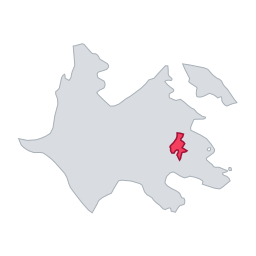 Azerbaijan, with Xanlar highlighted, rotated 178°
{"feature_id": "AZE-1680", "entity_name": "Xanlar", "entity_type": "District", "adm_level": 1, "iso_a3": "AZE", "parent_name": "Azerbaijan", "parent_adm1": "", "projection": "natural_earth1", "projection_center": [46.29, 40.555], "detail": "fine", "context": "in_parent", "style": "filled", "palette": "rose", "viewbox_px": 256, "rotation_deg": 178, "n_neighbors": 0, "source": "natural_earth", "source_scale": "10m", "svg_char_len": 3697}
<svg xmlns="http://www.w3.org/2000/svg" viewBox="0 0 256 256"><g transform="rotate(178 128 128)"><path d="M179.9,211.9L178.7,211.9L170.7,213.8L169.0,213.1L162.0,204.5L160.6,203.6L157.6,203.2L155.8,201.8L154.4,199.4L153.6,197.7L146.4,193.1L145.3,191.3L145.2,189.8L146.2,188.5L147.4,187.3L150.9,186.2L154.9,185.2L156.2,184.5L156.9,183.2L156.8,181.2L156.2,179.3L150.3,175.7L149.6,174.2L149.4,172.3L149.8,170.3L150.7,168.8L155.4,166.7L158.0,164.5L156.4,162.1L151.2,156.6L145.0,150.5L141.0,150.5L136.3,152.2L128.8,157.4L124.7,159.6L119.3,163.3L113.4,167.4L108.6,171.7L105.6,175.3L100.2,176.8L97.5,179.8L88.5,188.9L86.0,188.7L85.8,184.3L85.9,180.7L85.3,178.7L82.4,175.9L82.4,174.7L83.2,173.9L85.4,174.4L88.3,174.2L89.6,173.1L86.6,169.5L83.8,167.0L81.5,165.3L81.0,164.3L81.0,163.6L81.5,162.8L85.4,160.8L85.8,158.9L85.6,156.8L79.3,153.8L74.6,154.9L70.4,151.5L67.7,148.8L64.3,146.0L61.3,144.4L58.4,140.8L53.4,137.1L50.2,136.1L50.2,135.5L50.8,134.8L52.2,134.3L61.1,134.4L62.2,133.8L62.8,132.2L64.0,129.8L65.4,126.4L65.3,123.5L56.3,118.8L49.8,114.5L45.4,108.8L42.3,103.6L42.4,101.9L43.3,100.3L50.3,95.5L50.7,94.2L50.6,93.4L48.1,91.0L45.0,88.4L44.0,86.6L42.1,85.7L38.4,85.6L31.8,82.5L30.4,82.2L30.1,81.6L30.5,80.9L35.1,79.7L35.1,78.7L33.7,77.3L31.0,76.3L28.6,73.8L27.8,71.6L36.2,65.2L38.7,63.9L44.2,65.0L55.7,69.3L54.9,71.7L56.0,73.1L58.7,74.9L63.7,76.7L68.0,77.7L70.1,76.9L73.4,76.2L77.7,78.3L81.6,81.0L83.5,82.1L84.6,82.5L87.6,81.6L91.2,78.1L92.6,73.9L93.0,71.8L90.9,69.0L86.6,66.0L81.7,63.4L78.7,61.0L76.7,56.4L74.7,55.9L74.2,55.3L73.8,53.7L73.9,51.5L74.6,49.8L76.6,49.1L78.5,48.8L80.3,47.2L82.5,44.0L83.5,42.2L87.7,43.3L88.2,46.1L89.0,46.7L90.7,46.4L93.6,45.2L95.9,46.1L98.9,49.5L103.0,53.0L105.2,55.4L106.1,57.1L108.2,58.7L111.3,60.6L113.7,63.6L115.9,70.4L118.1,72.0L126.0,74.7L128.8,75.2L136.6,76.1L139.3,75.5L143.3,69.5L146.9,63.4L150.2,62.1L156.3,59.2L159.9,56.4L161.4,53.4L164.8,47.7L166.8,44.5L170.4,47.4L176.7,55.0L185.7,67.6L187.9,71.1L189.3,75.2L190.6,80.2L192.7,84.6L201.8,95.7L205.7,99.8L212.2,105.1L214.4,106.3L217.4,106.6L222.8,106.7L227.9,108.7L230.4,110.2L233.0,112.3L235.3,114.7L237.7,121.2L229.0,119.1L220.2,119.4L215.2,120.8L210.4,122.7L205.8,125.4L203.0,130.7L200.7,142.8L197.3,154.2L197.4,159.5L199.1,164.6L198.9,167.0L197.3,168.0L195.3,170.1L192.6,180.6L191.3,182.7L189.6,184.0L189.1,182.7L189.1,180.0L185.3,177.6L183.3,180.3L181.9,186.0L179.1,192.1L179.0,193.2L179.9,211.9ZM49.2,104.7L49.6,103.1L48.5,102.4L47.3,102.3L46.3,103.1L46.3,105.2L47.7,105.5L49.2,104.7ZM20.2,152.2L18.9,150.5L18.3,149.5L22.2,148.8L28.6,146.5L30.4,147.6L32.3,149.9L33.2,151.9L33.4,155.5L34.1,156.1L37.3,154.9L38.7,156.3L41.1,158.1L45.3,159.8L51.4,157.1L54.4,156.4L56.8,156.5L58.2,157.3L58.6,160.1L58.2,163.6L57.5,165.5L58.7,166.9L63.7,170.3L65.7,172.1L64.7,175.4L68.4,183.3L69.7,186.4L71.1,190.2L63.5,188.7L49.9,185.5L46.1,183.8L42.6,179.4L40.5,177.3L37.3,174.6L34.8,173.5L32.8,171.6L31.7,168.8L30.1,166.3L27.3,163.3L21.0,153.2L20.2,152.2ZM28.6,84.6L27.8,85.1L26.5,84.6L26.1,83.3L26.2,82.0L27.5,81.7L28.5,82.1L28.8,83.3L28.6,84.6Z" fill="#d9dde1" stroke="#a8b0b8" stroke-width="1"/><path d="M85.1,101.5L86.2,103.9L86.1,106.8L86.7,107.4L86.5,108.3L85.6,109.3L84.7,110.2L83.3,111.5L82.0,113.0L81.2,114.2L80.3,115.2L79.2,118.0L79.1,121.4L75.9,120.9L72.8,119.9L73.7,117.3L75.5,115.4L75.6,113.9L74.3,113.0L72.9,111.9L71.9,110.4L73.3,108.3L74.6,106.5L73.7,105.7L72.6,105.1L71.2,104.1L69.8,103.2L71.2,102.2L72.8,101.9L74.1,101.9L75.1,101.2L75.4,100.3L75.5,99.4L75.8,98.7L76.1,98.0L76.2,97.1L76.4,96.1L76.9,95.1L77.6,94.1L78.7,96.5L80.0,99.4L79.8,100.0L79.4,100.6L79.0,101.2L78.7,101.9L78.4,102.7L78.7,104.2L80.2,104.4L81.7,103.1L82.8,101.3L85.1,101.5Z" fill="#f43f5e" stroke="#9f1239" stroke-width="1.5"/></g></svg>